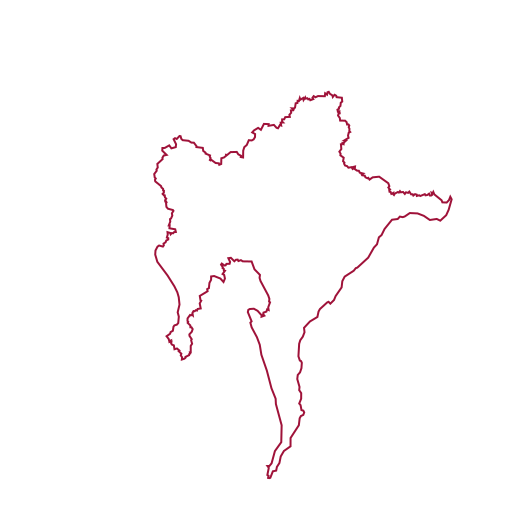 outline of Mueang Trat, Trat, Thailand, rotated 33°
{"feature_id": "78962969B49294102146766", "entity_name": "Mueang Trat", "entity_type": "district", "adm_level": 2, "iso_a3": "THA", "parent_name": "Thailand", "parent_adm1": "Trat", "projection": "albers", "projection_center": [102.588, 12.22], "detail": "fine", "context": "isolated", "style": "outline", "palette": "rose", "viewbox_px": 512, "rotation_deg": 33, "n_neighbors": 0, "source": "geoboundaries", "source_scale": "gbopen_adm2", "svg_char_len": 6116}
<svg xmlns="http://www.w3.org/2000/svg" viewBox="0 0 512 512"><g transform="rotate(33 256 256)"><path d="M227.6,78.7L226.8,79.7L227.7,82.0L225.4,81.9L226.7,84.5L220.9,88.1L219.4,90.5L217.3,90.5L217.2,92.6L218.6,93.2L216.7,95.8L215.3,95.1L214.5,96.2L213.2,95.7L211.9,97.0L210.9,96.2L210.9,99.2L209.5,97.8L208.1,100.7L206.7,99.7L207.6,102.7L206.4,103.2L207.4,105.1L206.1,106.3L207.9,110.3L207.4,111.6L205.9,112.5L207.8,112.8L207.9,113.5L206.0,114.9L207.5,116.7L207.1,119.4L208.6,120.9L204.9,123.6L205.2,126.0L203.5,127.2L204.6,129.0L206.0,129.3L204.1,130.7L206.0,132.8L204.7,133.0L204.9,136.9L203.4,137.3L199.6,136.3L195.6,140.0L194.8,138.5L190.7,140.9L191.4,147.5L188.0,147.4L185.9,151.8L185.5,154.4L188.8,154.2L190.4,156.8L190.5,159.5L189.5,161.4L186.9,162.8L187.8,167.9L186.9,171.1L187.9,174.6L191.5,180.4L189.3,181.3L188.8,180.1L185.8,180.4L183.2,179.2L178.1,182.7L176.8,186.9L175.8,187.4L176.4,188.0L175.5,190.8L173.7,192.9L176.7,197.8L175.5,199.5L174.4,198.5L171.5,200.0L166.1,199.7L165.8,200.6L165.0,200.6L164.6,198.6L163.1,197.9L162.7,196.7L157.9,197.6L157.4,196.8L154.5,196.6L152.5,194.3L146.7,197.1L146.3,196.3L142.2,194.8L140.0,196.1L136.7,196.1L131.4,198.8L129.5,198.4L127.5,196.6L126.5,197.0L125.8,201.0L123.9,201.3L123.3,202.9L128.1,205.8L129.4,208.4L126.4,211.8L123.0,210.5L120.6,215.1L118.7,216.4L120.0,218.7L126.0,219.9L123.9,222.0L124.0,224.6L124.9,225.6L123.1,232.5L125.4,235.3L125.4,237.7L126.3,238.6L126.0,242.7L128.3,245.3L129.7,245.6L129.8,247.2L130.9,248.3L138.4,249.1L139.3,250.0L141.5,250.3L142.4,251.6L143.2,251.4L144.2,253.0L143.7,255.6L144.5,254.5L145.8,255.3L146.5,254.9L147.7,256.4L149.5,256.8L149.4,258.6L150.3,259.0L149.7,260.2L151.0,259.3L151.8,259.7L151.8,260.7L154.1,263.6L156.4,264.3L161.3,262.7L162.2,263.1L162.2,266.0L163.8,267.7L164.3,270.8L163.8,271.9L165.4,273.9L166.2,277.8L166.9,277.3L168.3,279.9L173.7,277.6L175.7,279.5L174.3,280.6L174.1,282.1L172.9,282.6L172.6,284.3L171.5,283.4L168.8,284.2L170.3,286.1L171.2,289.1L172.7,288.8L173.4,289.9L172.3,291.9L172.7,293.8L171.7,296.0L172.9,297.3L172.8,298.8L169.0,300.0L168.3,301.8L168.7,306.1L170.7,309.7L176.4,314.6L192.4,320.5L204.1,325.9L209.8,329.3L213.6,332.6L218.3,338.4L221.0,345.9L224.3,348.9L227.3,354.6L227.0,356.7L225.4,358.6L225.3,360.2L227.0,364.0L225.8,366.3L226.3,368.0L224.7,372.0L227.9,373.1L229.6,374.6L230.4,373.5L230.6,374.9L231.7,373.8L232.5,375.6L233.8,376.1L235.8,375.7L238.4,378.6L240.1,376.6L243.2,377.0L243.0,377.9L246.6,378.6L247.0,380.3L249.2,381.2L250.2,383.2L251.9,381.1L252.3,379.6L251.8,379.0L253.9,375.6L253.4,374.6L253.9,373.7L253.0,372.8L253.7,372.3L250.2,366.9L250.2,364.4L247.5,362.0L247.4,360.8L243.7,359.2L242.8,358.0L243.4,354.5L242.7,351.8L240.7,350.9L239.8,351.5L238.7,350.0L235.1,349.3L235.0,348.1L233.9,347.8L232.6,345.6L232.8,341.4L233.7,341.3L234.1,340.0L235.3,340.2L233.7,338.3L233.6,336.2L234.6,335.8L235.1,334.1L236.2,333.9L235.9,332.2L238.2,330.1L234.6,326.4L234.4,323.3L233.5,323.3L230.6,320.1L234.6,311.9L233.1,310.4L234.0,308.6L231.6,303.9L231.3,300.4L229.5,297.6L231.8,295.6L238.4,294.3L242.9,295.5L242.2,291.8L239.6,289.2L237.8,289.3L238.0,285.3L236.9,285.6L235.9,284.3L234.5,284.3L234.2,283.4L231.4,282.3L231.4,281.0L234.8,281.1L235.6,280.4L235.5,278.7L238.1,276.9L237.5,275.1L234.0,272.9L235.9,271.2L240.7,272.2L241.2,270.1L242.6,269.0L244.0,269.8L245.6,267.7L247.8,267.7L255.3,263.0L262.0,268.0L269.6,269.7L270.9,272.4L273.4,274.5L287.7,282.4L290.6,284.7L291.8,287.1L293.0,287.2L294.2,292.4L296.0,294.4L294.4,294.7L295.0,297.0L293.1,299.4L293.7,300.9L295.5,301.5L293.7,303.9L293.1,302.7L287.2,301.1L282.9,301.4L279.6,303.9L278.9,305.4L279.7,307.5L287.9,313.2L287.6,315.0L291.2,318.2L301.0,323.6L307.5,328.4L314.3,335.9L327.5,346.2L341.0,358.5L350.2,365.0L353.3,369.3L369.7,384.0L378.6,398.4L378.1,409.3L382.0,421.4L381.6,424.8L380.0,425.9L382.1,426.7L384.8,433.5L386.2,433.5L387.0,435.5L388.2,435.0L388.8,434.2L387.4,427.4L389.8,425.0L388.4,421.5L388.4,416.9L385.9,410.6L385.6,404.3L388.6,396.8L384.1,389.8L384.1,374.6L381.0,368.3L380.8,365.8L382.2,363.5L381.6,360.9L379.9,359.9L378.1,360.5L374.6,356.8L372.6,356.2L371.6,351.1L368.6,346.4L365.3,345.0L363.8,342.1L357.6,336.7L355.8,333.0L356.3,329.6L355.2,325.3L352.6,320.6L351.0,319.6L349.7,319.8L346.2,317.0L340.0,306.1L339.0,302.5L339.2,298.2L338.2,293.5L335.4,290.1L336.9,281.5L340.7,273.7L338.7,268.5L338.5,265.7L341.0,256.1L341.8,254.9L344.3,255.5L345.4,250.4L344.6,246.3L344.9,235.7L342.1,230.1L341.6,225.0L346.0,215.1L346.3,211.8L347.3,210.6L351.0,196.3L350.3,184.7L351.1,180.3L348.9,173.4L349.9,170.1L349.1,163.3L350.3,151.5L354.7,147.8L355.2,144.6L357.9,143.5L359.2,141.9L361.6,136.2L368.3,132.3L374.9,130.9L382.2,131.1L387.4,126.5L391.3,126.0L393.3,118.2L392.4,112.3L389.2,101.9L386.7,100.5L387.4,104.0L386.8,107.3L383.1,109.5L381.3,108.2L372.0,107.2L369.8,105.7L370.0,107.2L368.8,107.3L370.4,108.9L369.9,110.0L368.8,110.6L367.2,109.5L366.4,111.6L365.1,112.8L363.9,112.2L361.1,116.2L359.8,116.2L358.2,118.0L357.4,117.0L355.7,117.5L355.0,119.6L353.8,118.9L352.5,119.8L349.5,118.5L349.2,120.2L347.1,120.9L347.0,122.9L344.5,122.2L342.8,123.7L341.4,123.2L341.3,125.0L340.1,125.1L338.4,128.1L338.5,129.7L337.1,129.4L336.7,128.4L335.7,130.2L333.9,128.9L333.0,129.4L331.7,128.0L332.1,127.2L329.7,126.5L329.8,124.8L327.3,122.9L316.1,122.4L311.0,126.5L309.6,130.1L307.6,129.3L307.2,130.1L304.9,130.4L303.5,129.4L301.0,130.5L300.2,130.0L300.9,128.5L297.6,129.6L295.9,128.5L294.2,129.4L291.4,129.3L290.3,127.0L289.1,128.3L290.1,129.3L289.7,130.4L287.7,129.5L285.4,131.6L283.5,131.0L281.4,131.6L279.6,130.6L279.3,129.5L277.4,129.1L276.0,125.8L271.9,125.6L271.2,124.1L269.1,123.1L269.3,119.8L266.4,116.1L267.2,115.6L266.9,114.3L268.5,114.4L267.9,113.0L268.6,110.4L267.1,111.0L269.3,106.5L267.6,104.9L266.6,102.1L267.4,100.7L266.2,100.4L265.1,98.4L263.6,97.5L263.2,95.8L261.9,95.3L260.8,96.1L259.1,94.4L257.0,94.0L252.8,96.6L251.1,94.6L248.3,93.5L247.7,91.6L248.5,90.8L247.8,89.9L246.7,90.3L246.7,89.5L245.8,90.1L244.6,88.9L245.4,87.3L244.6,86.2L245.1,84.2L243.6,81.3L244.2,79.5L241.8,76.5L237.1,78.9L236.0,77.9L234.1,78.0L233.8,80.8L232.6,79.7L229.5,79.7L227.6,78.7Z" fill="none" stroke="#9f1239" stroke-width="2"/></g></svg>